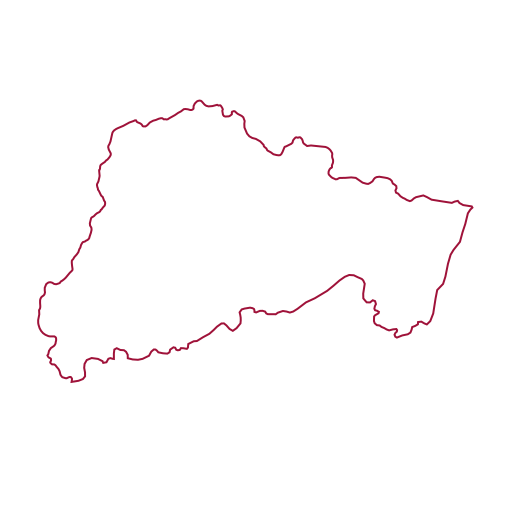 Santa Lucía, Canelones, Uruguay, rotated 7°
{"feature_id": "84410073B26807855042192", "entity_name": "Santa Lucía", "entity_type": "district", "adm_level": 2, "iso_a3": "URY", "parent_name": "Uruguay", "parent_adm1": "Canelones", "projection": "orthographic", "projection_center": [-56.326, -34.428], "detail": "fine", "context": "isolated", "style": "outline", "palette": "rose", "viewbox_px": 512, "rotation_deg": 7, "n_neighbors": 0, "source": "geoboundaries", "source_scale": "gbopen_adm2", "svg_char_len": 5997}
<svg xmlns="http://www.w3.org/2000/svg" viewBox="0 0 512 512"><g transform="rotate(7 256 256)"><path d="M162.0,368.0L163.7,363.7L166.0,361.2L167.7,361.1L169.2,362.0L170.8,363.5L175.5,363.9L179.9,363.7L181.9,362.1L182.2,359.4L185.2,356.7L187.0,356.9L188.3,358.8L189.9,359.1L191.8,358.5L192.7,356.6L195.2,356.4L198.7,356.6L199.6,355.2L199.5,351.6L204.6,348.2L207.7,347.6L213.4,343.0L219.2,338.9L223.0,334.6L225.9,330.9L229.9,327.2L232.4,326.8L235.1,328.5L238.6,331.6L242.1,333.1L245.5,330.0L248.8,324.8L248.7,321.7L248.3,319.0L247.5,316.3L246.6,313.9L248.3,310.8L251.0,309.6L256.4,308.0L258.9,308.2L260.4,308.8L261.0,309.9L261.3,311.7L263.0,312.0L266.5,310.0L269.2,309.6L271.9,310.1L273.1,311.7L274.7,312.3L282.7,311.4L284.6,309.6L289.4,307.3L293.0,307.4L296.5,308.0L299.7,306.6L303.6,303.4L311.3,295.9L319.5,290.8L330.9,281.9L336.5,276.1L341.9,270.1L346.7,265.8L350.8,263.5L355.4,263.2L359.4,264.6L363.8,265.9L365.4,267.2L367.3,270.3L367.0,280.3L367.7,285.0L369.7,286.9L371.5,288.5L374.8,288.2L377.3,285.7L379.7,286.3L380.9,289.1L380.1,291.4L379.9,293.9L380.8,295.3L382.8,295.6L384.8,296.5L384.6,297.9L381.4,300.3L380.6,301.6L381.0,306.2L382.0,308.3L384.4,309.9L387.2,309.9L389.2,311.1L392.1,311.9L394.6,313.0L397.2,313.6L401.0,312.1L404.2,311.4L405.1,312.4L405.0,313.9L403.7,315.4L403.1,317.3L404.1,319.1L405.8,319.8L410.9,317.0L416.2,315.2L418.6,313.2L419.4,310.2L419.7,307.5L422.5,306.0L425.0,304.1L424.9,301.8L428.1,301.0L431.3,302.4L433.9,303.1L436.9,299.4L438.9,291.5L439.4,276.3L440.0,267.7L445.1,260.9L446.5,253.4L447.5,240.3L449.0,231.0L451.3,225.9L456.7,217.1L458.1,207.3L459.8,198.8L461.1,187.8L463.1,183.8L464.9,181.6L464.1,180.5L455.4,180.2L451.5,178.6L449.6,176.7L446.5,177.8L443.9,179.4L434.0,179.1L423.4,178.7L418.5,176.7L414.7,175.5L407.7,178.1L405.8,179.5L403.6,182.0L402.0,182.8L398.8,182.0L396.5,180.9L394.7,180.4L392.1,179.1L389.5,176.8L387.2,176.0L386.4,173.9L387.2,171.6L386.7,169.5L384.8,168.2L383.0,167.4L381.5,164.8L379.7,163.5L377.1,162.7L374.2,162.5L368.7,162.3L366.1,163.0L364.7,163.9L363.7,165.2L362.5,167.7L360.3,169.7L358.5,170.8L356.6,170.8L352.9,170.2L345.5,166.3L340.9,166.4L334.9,167.6L329.7,168.3L328.6,168.8L327.3,169.8L325.8,170.2L322.2,169.1L320.7,168.2L318.4,166.3L317.9,165.2L317.8,163.2L318.4,161.2L319.0,160.2L319.5,159.6L320.1,159.4L320.6,158.6L320.3,156.8L321.0,154.1L321.0,152.7L320.8,151.3L319.6,148.8L319.3,147.2L319.3,145.6L319.0,144.5L317.2,142.2L315.8,141.0L313.9,139.9L311.7,139.3L297.1,139.6L293.3,140.6L289.6,138.5L288.8,137.4L288.3,136.0L287.5,134.5L285.6,132.9L284.4,132.9L283.2,133.5L281.7,133.3L280.8,133.6L279.8,134.9L278.7,136.7L278.4,139.0L277.4,140.3L272.4,143.6L271.6,143.9L271.0,144.5L269.7,149.3L268.8,151.6L268.2,152.4L267.5,153.0L266.2,153.3L264.1,153.3L260.9,152.9L258.1,151.3L254.8,150.0L254.2,149.6L253.2,148.0L251.1,146.7L250.4,146.0L250.0,144.8L246.2,141.7L241.6,139.8L237.9,139.3L234.8,138.0L232.2,135.6L228.9,129.9L228.3,126.3L228.3,123.4L226.5,119.9L224.7,118.7L220.9,117.3L219.6,116.6L217.4,115.0L216.4,114.9L214.7,115.7L214.5,116.7L214.8,118.1L214.6,118.5L213.1,120.0L212.0,120.7L208.7,121.3L207.8,121.2L207.1,121.0L206.0,119.8L204.9,116.1L204.9,115.5L205.2,114.8L205.1,114.3L204.4,113.1L203.2,111.6L202.4,110.9L202.0,110.8L200.4,111.2L199.0,110.7L194.5,112.5L190.7,113.3L188.4,113.0L186.6,112.1L183.2,109.1L182.4,108.7L181.1,108.6L179.6,109.1L178.5,109.8L176.7,112.1L175.8,114.7L176.0,117.4L175.2,118.4L174.3,118.9L172.9,119.1L170.6,118.7L168.0,118.7L166.4,119.1L163.9,121.6L161.3,123.4L158.4,126.0L153.2,129.8L151.8,131.0L150.7,131.4L149.2,131.3L147.9,131.6L146.2,130.7L144.9,130.8L142.8,131.6L140.0,133.2L137.5,134.2L135.5,135.6L134.3,136.5L132.2,139.4L130.6,140.8L128.5,141.1L127.7,140.9L126.6,139.5L125.9,139.0L124.9,138.5L122.1,137.7L121.3,137.3L120.4,136.0L119.3,136.1L118.1,136.9L114.1,138.9L108.4,143.0L103.2,146.0L101.7,147.0L99.9,148.6L98.9,150.1L98.5,151.1L98.3,152.7L97.6,160.0L96.9,162.7L96.1,164.6L96.0,165.9L96.9,168.3L99.3,171.8L99.5,173.3L99.1,174.5L98.5,175.8L96.8,178.4L95.6,179.4L94.5,181.1L92.3,183.0L90.8,184.5L90.4,185.8L90.5,188.4L90.3,189.4L89.9,189.7L89.9,190.4L91.0,195.4L91.0,196.5L90.5,201.2L89.5,204.0L89.5,205.0L90.2,207.1L90.7,207.9L91.1,209.4L92.2,210.6L94.6,214.4L95.3,215.2L96.7,216.1L98.5,219.6L99.4,220.5L99.8,221.7L99.9,222.7L99.7,224.4L98.1,226.6L97.1,228.5L96.4,229.1L95.8,230.7L95.0,231.6L93.0,232.9L91.5,234.5L90.6,235.8L89.7,236.7L88.5,237.5L87.8,238.4L87.6,239.5L87.1,243.8L87.6,246.0L89.1,247.9L89.4,249.0L89.6,250.2L89.3,253.1L88.5,256.9L88.3,258.4L88.0,259.2L86.8,260.7L85.8,261.2L84.4,262.5L82.5,263.3L81.9,264.2L81.0,266.4L80.6,269.1L79.8,270.8L79.2,273.9L77.9,276.3L75.8,279.3L74.9,281.4L73.9,282.8L73.8,283.4L74.0,285.3L74.7,288.4L75.5,291.3L75.5,292.3L75.0,293.2L73.2,295.4L69.8,300.7L68.5,302.3L66.6,304.2L65.8,304.7L65.2,305.4L64.5,306.7L63.7,307.2L61.3,308.3L60.3,308.4L59.0,308.3L57.1,307.4L56.1,307.2L55.0,307.1L53.7,307.4L52.8,307.9L51.2,309.5L50.2,313.3L50.5,315.8L51.0,317.9L50.7,319.9L50.1,320.9L48.2,322.7L47.7,323.6L47.3,324.7L47.1,326.1L47.4,328.9L48.0,332.0L48.1,333.3L48.0,334.5L47.3,336.2L48.0,340.3L47.6,346.2L48.0,349.1L48.5,350.7L50.0,354.0L51.8,356.5L54.0,358.5L56.6,359.9L59.7,360.8L61.2,360.9L65.7,360.4L66.8,360.9L67.5,361.7L67.8,363.0L67.9,364.4L67.7,365.8L67.7,367.0L67.4,368.2L66.8,369.4L66.1,370.2L63.6,372.4L62.1,375.4L61.8,378.7L61.1,380.1L62.0,381.4L62.7,382.0L64.6,382.7L65.0,383.1L65.3,384.5L65.1,385.5L64.8,386.0L64.7,386.6L65.2,387.4L66.8,388.4L68.8,388.2L69.4,388.4L70.4,389.0L71.5,390.2L73.7,392.2L75.1,394.3L76.4,397.7L77.9,399.4L78.6,399.9L81.8,400.5L83.0,400.4L84.9,399.2L86.1,398.7L86.9,398.7L87.6,399.3L88.3,400.2L88.4,401.3L88.3,403.4L95.0,401.5L99.2,399.2L101.0,396.3L100.5,392.4L99.1,388.0L99.0,384.0L100.7,379.9L105.3,377.3L111.7,377.4L116.5,379.1L117.4,380.7L120.5,379.7L122.0,376.0L123.9,375.1L126.2,375.5L127.5,375.5L126.8,370.0L126.8,366.1L129.0,364.5L132.8,365.8L136.4,365.6L138.7,366.9L140.7,369.7L141.2,373.1L146.2,373.7L151.5,373.4L156.0,371.9L162.0,368.0Z" fill="none" stroke="#9f1239" stroke-width="2"/></g></svg>